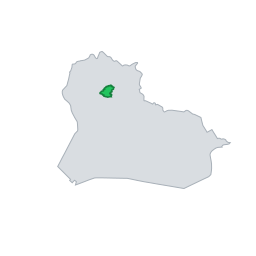 Al-Hawiga, At-Ta'mim, Iraq (highlighted), rotated 329°
{"feature_id": "34846034B30595990417134", "entity_name": "Al-Hawiga", "entity_type": "district", "adm_level": 2, "iso_a3": "IRQ", "parent_name": "Iraq", "parent_adm1": "At-Ta'mim", "projection": "natural_earth1", "projection_center": [43.785, 35.263], "detail": "fine", "context": "in_parent", "style": "filled", "palette": "green", "viewbox_px": 256, "rotation_deg": 329, "n_neighbors": 0, "source": "geoboundaries", "source_scale": "gbopen_adm2", "svg_char_len": 4727}
<svg xmlns="http://www.w3.org/2000/svg" viewBox="0 0 256 256"><g transform="rotate(329 128 128)"><path d="M106.7,50.0L108.2,49.6L111.1,47.2L112.8,44.9L113.4,44.7L114.9,45.5L116.0,45.7L118.5,44.8L120.0,45.3L121.2,45.8L121.9,45.9L125.3,47.3L126.1,47.5L127.8,47.6L130.4,47.7L132.1,46.8L133.3,45.9L134.1,45.9L134.9,46.1L135.6,46.5L136.1,47.2L136.4,48.1L136.3,51.1L136.6,51.9L137.0,52.5L137.6,52.6L138.3,52.0L139.5,51.0L141.0,50.0L142.2,49.0L142.8,48.6L143.8,48.7L144.8,48.9L145.4,49.3L145.4,49.5L145.9,50.9L147.2,56.2L148.0,56.8L148.9,57.4L149.5,58.2L149.7,59.0L149.7,60.2L149.7,61.6L150.0,62.7L150.5,63.6L151.0,64.0L151.7,64.0L152.5,64.2L153.1,65.0L154.9,71.1L155.1,71.9L155.8,72.1L157.0,72.0L158.3,72.6L159.7,73.6L160.9,75.4L161.8,75.7L164.5,75.5L168.1,75.8L169.8,76.7L169.7,77.3L168.3,77.9L166.0,78.7L165.4,80.0L165.0,81.7L165.1,82.6L165.6,83.7L167.3,85.7L167.4,86.5L167.7,87.5L168.0,88.3L167.7,89.6L166.2,90.6L164.2,91.6L160.3,96.2L160.0,97.2L160.1,99.9L159.7,100.7L158.4,100.7L157.5,100.6L157.4,101.5L156.8,102.8L156.5,103.9L157.9,106.5L158.2,107.9L158.0,109.2L156.6,111.3L155.8,112.8L156.0,113.1L157.1,113.7L160.4,118.5L161.4,120.2L162.8,119.7L163.3,119.8L163.7,120.1L164.0,120.6L164.0,121.3L163.6,122.4L165.4,122.9L166.0,123.9L168.1,127.7L168.1,128.8L167.1,130.5L167.1,131.7L167.3,132.8L167.6,133.1L170.6,133.3L171.9,133.7L175.1,135.6L178.7,138.5L181.7,140.9L184.2,143.0L186.9,142.8L187.6,143.2L188.3,143.8L189.1,145.5L190.6,149.3L192.0,150.6L194.0,153.6L195.9,156.5L194.7,160.3L193.5,164.4L193.6,169.6L193.6,172.4L196.2,172.5L199.1,172.6L199.1,175.9L199.2,179.3L199.2,183.1L200.1,183.3L201.4,184.1L202.0,185.3L202.8,186.0L203.6,186.1L204.5,186.7L205.4,187.9L205.7,188.7L205.5,189.3L205.7,190.3L206.3,191.7L207.0,192.4L208.1,193.2L206.6,193.7L205.0,193.3L201.4,191.7L200.3,191.6L198.8,192.2L198.8,192.8L195.0,190.9L193.7,190.6L193.2,190.5L191.1,190.5L188.1,190.9L186.3,191.6L185.1,192.5L184.5,193.2L184.3,193.7L183.4,196.0L182.3,199.0L181.1,201.8L178.9,205.6L177.7,207.3L175.0,210.6L172.1,211.3L165.4,210.6L157.9,209.9L150.5,209.2L145.0,208.7L144.6,208.5L139.1,203.8L134.8,200.1L129.4,195.5L123.9,190.8L118.4,186.0L114.3,182.5L109.4,178.1L105.0,174.0L101.5,170.8L97.0,168.0L93.5,165.8L88.4,162.6L84.3,160.0L80.8,157.8L75.4,154.5L73.6,153.6L68.0,152.4L62.8,151.5L57.3,150.5L53.6,149.8L56.1,147.4L55.3,145.3L53.6,145.7L52.0,146.2L51.0,142.9L52.3,142.4L51.2,138.1L50.1,133.6L49.0,129.3L47.9,124.8L52.5,122.0L56.0,119.8L60.9,116.9L65.6,114.0L70.0,111.3L74.9,108.3L79.3,105.6L83.3,104.5L84.1,103.6L86.0,100.0L87.6,96.8L87.7,96.1L87.7,91.6L88.0,86.4L88.5,83.6L89.5,81.2L90.3,79.4L90.4,77.7L90.3,76.0L89.5,73.4L88.6,70.7L88.7,68.1L88.9,66.7L89.5,64.5L90.4,62.9L91.4,61.9L95.2,60.8L97.4,60.2L100.4,57.3L102.2,55.6L104.7,52.9L106.5,51.0L106.7,50.3L106.7,50.0Z" fill="#d9dde1" stroke="#a8b0b8" stroke-width="1"/><path d="M135.0,82.3L134.9,82.3L134.6,82.4L134.5,82.5L134.4,82.5L134.3,82.4L134.2,82.2L133.8,82.2L133.7,82.2L133.4,82.2L133.2,81.9L133.1,81.7L132.9,81.6L132.7,81.6L132.5,81.9L132.3,82.0L132.2,82.1L131.6,81.6L131.4,81.5L131.2,81.6L131.0,81.3L130.7,81.2L130.5,81.3L130.4,81.4L130.2,81.5L130.0,81.8L129.8,81.7L129.6,81.6L129.3,81.7L129.1,81.7L128.9,81.7L128.6,81.7L128.3,81.8L128.0,81.8L128.0,82.7L126.5,82.5L126.5,82.9L126.4,83.2L126.3,83.4L126.2,83.5L125.8,83.4L125.5,83.3L125.3,83.2L125.0,83.1L124.8,83.0L124.6,83.0L124.3,83.0L124.2,83.0L124.0,82.9L123.8,83.1L123.6,83.1L123.3,83.2L123.1,83.3L122.8,83.4L122.5,83.3L122.3,83.4L122.2,83.4L122.1,83.5L121.9,83.7L121.9,83.8L121.8,84.1L122.0,84.3L122.3,84.7L122.6,85.0L122.8,85.1L123.0,85.2L123.1,85.3L123.3,85.4L123.4,85.6L123.3,85.8L123.3,86.0L123.2,86.2L123.2,86.3L123.2,86.5L123.4,86.8L123.6,86.8L123.8,86.9L123.9,87.0L124.1,87.0L124.3,87.1L124.3,87.3L124.3,87.5L124.1,87.7L123.9,87.8L123.7,88.0L123.8,88.5L124.4,89.0L124.7,89.3L125.0,89.7L125.2,89.9L125.4,90.1L125.6,90.1L126.0,90.2L126.0,90.4L126.1,90.5L126.3,91.0L126.7,91.2L127.0,91.3L127.4,91.4L128.2,91.7L128.4,91.8L128.5,91.8L129.1,92.2L129.5,92.4L129.8,92.6L129.9,92.2L129.7,91.9L130.0,91.6L130.3,91.6L130.6,91.6L130.8,91.5L131.1,91.2L131.2,90.8L131.2,90.5L131.0,90.2L130.7,90.2L130.4,90.2L130.2,90.1L130.3,89.8L130.3,89.4L130.2,89.1L130.2,88.9L130.3,88.8L130.6,88.7L131.0,88.7L131.6,88.4L131.9,88.4L132.2,88.6L132.5,88.8L133.0,88.6L133.1,88.3L133.1,87.9L133.2,87.6L133.3,87.3L133.5,87.1L133.9,87.1L134.3,87.1L134.6,87.2L134.9,87.2L135.3,87.2L135.5,87.2L135.7,86.8L135.8,86.7L136.0,86.5L136.1,86.4L136.3,86.3L136.6,86.2L136.8,86.2L136.9,85.9L136.6,85.6L136.4,85.4L136.4,85.2L136.2,85.0L136.0,84.8L136.2,84.6L136.2,84.4L135.7,84.4L135.4,84.1L135.2,83.9L135.3,83.8L135.6,83.5L135.7,83.4L135.7,83.2L135.6,82.8L135.5,82.6L135.3,82.6L135.2,82.4L135.0,82.3Z" fill="#22c55e" stroke="#15803d" stroke-width="1.5"/></g></svg>